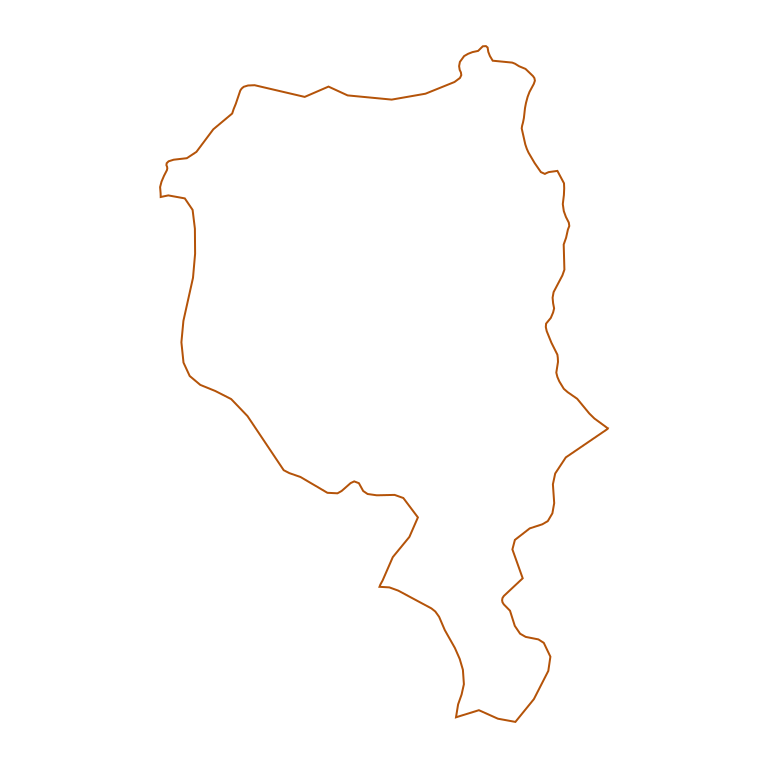 the border of Ticino
{"feature_id": "CHE-168", "entity_name": "Ticino", "entity_type": "Canton", "adm_level": 1, "iso_a3": "CHE", "parent_name": "Switzerland", "parent_adm1": "", "projection": "orthographic", "projection_center": [8.86, 46.227], "detail": "fine", "context": "isolated", "style": "outline", "palette": "amber", "viewbox_px": 768, "rotation_deg": 0, "n_neighbors": 0, "source": "natural_earth", "source_scale": "10m", "svg_char_len": 2322}
<svg xmlns="http://www.w3.org/2000/svg" viewBox="0 0 768 768"><path d="M357.1,482.5L354.2,481.4L350.6,483.1L341.6,491.0L337.5,493.3L327.4,492.8L300.5,477.0L289.3,473.1L283.7,470.2L247.5,416.1L231.2,399.1L215.3,391.0L200.3,384.9L189.7,376.0L183.5,362.6L181.4,342.3L183.4,320.9L193.0,277.8L195.1,253.8L194.9,228.7L192.6,209.9L184.8,198.4L168.3,195.4L160.7,197.0L160.7,196.6L160.6,193.3L160.1,187.1L161.5,181.7L164.0,175.8L166.9,170.2L167.3,168.4L167.1,166.8L166.4,165.1L166.7,163.2L168.6,161.3L173.7,159.7L186.8,158.2L196.4,151.9L213.3,129.3L232.2,113.5L233.6,109.2L235.8,103.8L240.3,90.5L241.7,88.5L243.7,86.8L248.0,85.5L254.6,85.2L304.7,96.9L328.5,86.6L347.6,95.4L391.7,99.6L425.5,93.7L454.5,82.0L460.0,77.9L461.3,75.1L460.9,72.4L459.7,69.9L459.1,66.1L459.9,61.9L464.1,56.1L468.1,53.8L472.5,52.1L478.1,50.9L482.8,46.3L485.9,46.1L487.6,47.5L488.3,51.9L489.9,56.0L492.7,60.7L512.2,62.6L515.0,63.7L519.0,66.2L525.5,68.9L533.0,76.1L534.4,78.1L534.9,80.7L533.8,83.9L529.5,91.9L527.6,96.9L526.0,102.9L525.0,108.1L523.9,118.0L523.0,122.5L522.1,125.8L521.7,128.4L525.3,144.4L526.8,148.8L528.5,152.6L534.6,163.0L540.9,172.1L544.9,173.9L546.2,173.2L548.7,172.1L557.4,170.9L564.0,183.3L564.2,188.3L563.9,195.0L562.8,204.1L563.8,211.1L565.9,216.9L568.8,222.6L569.3,226.0L567.9,229.6L566.1,237.7L563.7,244.5L564.4,269.7L562.4,275.4L553.6,292.1L552.6,297.7L553.1,303.2L554.1,308.4L553.1,312.5L550.8,317.9L546.1,323.6L545.8,327.0L546.7,331.1L551.4,342.7L557.4,354.7L557.8,357.8L558.0,361.9L556.3,372.6L557.4,377.0L559.3,381.4L563.8,388.8L567.7,392.2L577.2,398.8L589.3,413.5L594.4,418.5L607.6,428.2L607.9,428.3L607.6,428.9L565.8,457.4L555.2,473.5L552.9,484.3L554.2,503.1L552.4,513.3L547.8,521.1L542.3,524.3L529.7,528.4L514.9,539.9L512.4,549.4L522.7,578.3L503.8,596.0L502.5,598.0L502.1,600.2L502.5,602.3L503.8,604.4L510.0,610.7L514.8,625.9L520.1,633.7L525.7,636.9L538.4,639.4L543.8,642.9L550.4,656.7L548.3,670.9L533.9,699.1L515.4,721.9L497.9,718.7L478.9,710.2L461.1,715.7L456.0,717.3L458.1,704.4L461.6,694.5L463.9,684.2L462.9,669.8L459.7,658.9L454.9,648.0L444.8,630.1L439.1,616.8L435.3,611.5L431.4,608.4L398.2,590.6L389.4,587.4L379.5,586.8L380.4,584.5L382.6,580.5L392.8,557.1L409.4,536.9L417.9,517.4L403.3,498.0L394.6,494.9L376.8,495.3L367.6,494.0L363.2,491.0L358.9,483.2L357.1,482.5Z" fill="none" stroke="#b45309" stroke-width="2"/></svg>